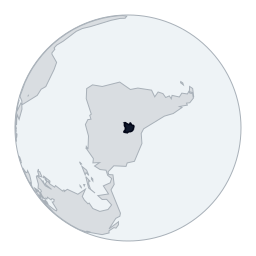 El Beni highlighted on a globe, orthographic projection, rotated 236°
{"feature_id": "BOL-1293", "entity_name": "El Beni", "entity_type": "Department", "adm_level": 1, "iso_a3": "BOL", "parent_name": "Bolivia", "parent_adm1": "", "projection": "orthographic", "projection_center": [-65.092, -13.43], "detail": "fine", "context": "on_globe", "style": "filled", "palette": "ink", "viewbox_px": 256, "rotation_deg": 236, "n_neighbors": 0, "source": "natural_earth", "source_scale": "10m", "svg_char_len": 6994}
<svg xmlns="http://www.w3.org/2000/svg" viewBox="0 0 256 256"><g transform="rotate(236 128 128)"><circle cx="128" cy="128" r="113" fill="#eef3f6" stroke="#a8b0b8"/><path d="M96.4,19.9L98.0,19.6L100.0,19.0L102.6,18.7L105.8,18.0L105.6,18.3L108.4,17.5L108.0,17.4L109.1,17.1L111.0,16.8L111.0,17.0L110.1,17.2L111.0,17.1L110.2,17.4L111.7,17.1L111.5,17.6L114.5,16.7L116.6,16.8L115.7,17.3L112.2,17.7L101.3,21.2L99.3,22.4L100.0,23.4L109.0,23.8L108.3,25.2L109.9,26.8L112.0,25.5L111.4,24.0L115.7,22.5L114.5,21.1L116.0,20.4L116.2,19.1L120.1,18.9L123.7,19.5L123.8,20.7L125.4,21.1L128.5,19.9L131.6,22.3L138.9,24.8L139.3,25.7L134.4,27.1L126.4,27.1L119.9,30.3L128.0,27.9L128.8,30.8L130.6,31.3L132.9,31.2L134.1,30.1L135.2,31.2L127.6,33.6L126.5,32.6L128.9,31.7L125.2,31.9L120.0,34.1L120.8,35.7L112.3,38.5L112.7,39.7L111.1,41.3L110.9,38.9L111.1,43.4L101.1,49.4L101.1,58.5L96.8,51.8L92.7,51.5L87.6,52.4L87.5,53.8L80.9,53.8L74.6,58.0L71.6,65.8L73.4,71.4L80.8,70.4L83.2,66.6L88.8,65.2L84.2,75.0L93.8,75.2L92.5,82.6L95.3,86.2L100.2,84.7L105.3,86.2L109.2,81.6L115.2,79.0L115.2,85.1L118.7,79.4L122.0,82.2L134.2,82.0L133.2,83.3L143.5,90.8L154.7,94.6L157.4,99.4L156.0,102.2L159.9,103.4L160.0,105.3L175.7,109.8L183.8,115.8L183.6,122.7L176.8,129.9L170.7,146.8L158.6,151.5L155.6,158.5L146.2,168.7L138.9,167.6L141.0,173.1L137.0,176.2L132.2,176.3L131.5,180.2L128.0,180.2L130.4,182.8L125.0,187.9L126.8,192.1L123.0,196.3L124.3,198.8L122.8,198.7L121.2,199.7L121.2,201.1L116.2,198.9L114.4,193.3L115.9,190.4L113.8,190.0L117.0,182.7L114.8,184.2L114.7,173.6L117.5,164.8L118.6,140.5L116.1,135.9L107.4,130.9L96.8,114.7L99.5,107.8L97.3,104.9L104.6,95.1L102.8,86.9L100.2,86.0L97.6,89.3L89.0,85.0L86.2,79.3L61.6,74.1L59.4,71.9L59.9,67.4L55.0,55.9L55.6,67.7L53.1,66.0L51.7,62.1L53.3,60.6L53.4,54.8L51.6,53.6L54.1,46.9L63.2,37.5L63.3,38.2L65.5,36.2L65.5,35.4L65.0,35.4L71.6,30.5L79.6,26.3L87.9,22.8L96.4,19.9ZM100.3,61.8L111.3,65.8L104.8,66.8L106.1,65.8L103.3,64.0L98.1,62.7L92.5,64.3L100.3,61.8ZM105.8,56.2L103.9,55.9L105.8,55.8L105.8,56.2ZM64.4,35.7L65.3,35.5L64.4,36.9L63.4,37.1L64.4,35.7ZM66.3,33.8L67.4,33.2L64.9,35.0L65.0,34.7L66.3,33.8ZM114.1,19.4L115.1,19.3L114.5,19.6L114.1,19.4ZM113.2,19.1L111.8,19.5L111.1,19.4L112.0,19.1L113.2,19.1ZM115.1,18.6L110.2,19.2L109.1,19.1L111.6,18.1L115.1,18.6ZM107.1,17.5L107.6,17.6L105.4,17.9L107.1,17.5ZM99.7,19.0L100.2,18.9L103.9,18.0L104.2,17.9L105.9,17.5L105.4,17.8L97.3,19.7L99.7,19.0ZM109.4,17.0L107.7,17.3L107.8,17.2L111.2,16.6L110.1,16.8L109.4,17.0ZM111.0,16.7L112.9,16.4L114.6,16.2L111.1,16.7L111.0,16.7ZM121.6,15.7L119.6,15.9L119.4,15.8L121.6,15.7ZM113.5,16.3L113.2,16.3L113.5,16.3ZM118.2,15.8L120.3,15.6L120.5,15.6L114.5,16.2L118.2,15.8ZM124.6,203.7L116.7,199.7L121.1,201.5L123.8,199.2L128.0,202.3L124.6,203.7ZM132.7,198.0L136.1,196.9L137.0,197.7L134.8,198.6L132.7,198.0ZM209.5,50.3L205.4,46.2L204.4,46.1L208.5,53.0L206.7,53.0L202.9,50.6L196.0,42.5L200.6,43.5L198.2,41.2L192.7,37.2L194.6,38.0L192.9,36.7L194.2,37.2L191.5,35.0L191.8,35.2L201.1,42.3L209.5,50.3ZM226.2,183.2L224.0,186.7L221.4,189.5L220.6,187.0L223.2,182.9L226.8,174.0L233.0,153.7L236.0,145.8L237.1,139.1L236.2,122.9L236.6,115.3L235.7,111.5L234.2,111.4L232.8,106.9L231.7,106.2L222.3,105.5L217.8,99.4L208.3,83.0L208.7,77.6L205.8,71.0L206.5,53.1L210.0,55.2L214.3,56.0L215.5,57.2L218.6,61.6L223.1,67.7L227.2,74.7L230.8,81.9L233.8,89.4L236.3,97.1L238.3,105.0L239.6,112.9L240.4,121.0L240.6,129.0L240.3,137.1L239.3,145.2L237.8,153.1L235.7,160.9L233.1,168.5L229.9,176.0L226.2,183.2ZM210.2,62.5L211.1,64.3L210.2,62.5ZM134.6,81.9L136.0,83.1L134.1,83.1L134.6,81.9ZM103.7,69.2L106.1,69.1L107.3,69.9L105.5,70.3L103.7,69.2ZM124.3,68.4L127.1,68.9L124.1,69.4L124.3,68.4ZM113.1,66.3L122.0,68.3L116.2,70.1L110.6,69.0L114.5,68.3L113.1,66.3ZM104.4,59.3L105.9,59.6L105.3,60.6L104.4,59.3ZM107.2,56.1L106.6,56.2L105.9,55.5L107.2,56.1ZM129.3,30.6L129.9,30.5L132.2,30.6L131.0,31.1L129.3,30.6ZM142.6,28.9L144.1,30.8L142.3,29.6L141.0,30.4L135.5,29.3L139.2,26.1L138.5,27.6L142.6,28.9ZM129.2,27.3L132.2,28.1L128.7,27.4L129.2,27.3ZM182.3,30.1L184.2,31.0L185.9,32.3L185.1,32.6L182.7,30.7L182.3,30.1ZM186.6,32.2L179.6,28.2L179.8,28.1L180.9,28.7L181.7,29.1L183.6,30.3L190.7,34.6L192.6,36.0L190.1,35.3L189.8,34.6L188.0,33.6L186.6,32.2ZM161.4,21.0L158.4,20.0L162.8,20.9L165.1,21.8L164.4,21.9L161.3,21.1L161.4,21.0ZM120.4,16.9L119.0,17.1L120.2,16.7L120.4,16.9ZM120.6,15.8L126.7,16.3L125.4,16.4L130.5,17.0L129.0,17.7L125.7,17.2L128.4,18.3L124.8,18.2L127.0,19.0L119.8,17.9L116.7,18.1L120.8,17.6L122.3,16.9L122.0,16.7L118.8,16.3L112.9,16.7L113.4,16.4L115.4,16.1L116.9,16.0L116.1,16.1L118.7,15.8L118.6,16.0L120.6,15.8ZM150.9,17.7L150.1,17.6L153.6,18.3L150.8,17.7L151.8,18.0L154.0,18.4L148.0,18.5L147.6,19.5L148.8,20.9L143.9,20.1L139.6,18.5L136.4,17.1L137.5,16.4L135.1,16.3L134.9,16.1L136.9,16.2L133.7,15.9L134.1,15.8L131.2,15.4L126.4,15.4L125.8,15.4L134.2,15.5L142.6,16.3L150.9,17.7ZM216.6,58.4L214.6,56.0L215.0,56.5L216.6,58.4ZM209.5,50.5L212.2,53.5L211.7,53.0L209.5,50.5ZM207.4,48.1L209.4,50.3L208.0,48.9L207.4,48.1Z" fill="#d9dde1" stroke="#a8b0b8" stroke-width="1"/><path d="M127.4,122.0L127.3,122.3L127.3,122.5L127.4,122.8L127.5,122.9L127.6,123.0L127.5,123.3L127.4,123.5L127.5,123.6L127.4,123.7L127.4,123.8L127.5,123.8L127.5,124.0L127.8,124.3L127.7,124.3L127.8,124.4L127.8,124.5L128.0,124.6L128.1,124.8L128.1,125.0L128.3,125.2L128.5,125.2L128.6,125.3L128.7,125.5L128.7,125.4L128.8,125.4L128.8,125.5L129.0,125.6L129.2,125.8L129.2,126.0L129.3,126.0L129.5,126.1L129.8,126.2L130.0,126.2L130.2,126.3L130.3,126.2L130.5,126.1L130.8,126.1L130.9,126.3L131.0,126.3L131.2,126.5L131.3,126.5L131.5,126.6L131.8,126.4L131.9,126.5L132.0,126.7L132.0,126.8L132.3,127.0L132.5,127.1L132.9,127.3L133.0,127.3L133.2,127.5L133.3,127.5L133.3,127.4L133.4,127.5L133.4,127.4L133.5,127.4L133.6,127.5L133.6,127.4L133.6,127.5L133.8,127.7L133.8,127.8L134.0,127.9L134.1,128.0L134.2,128.3L134.3,128.3L134.4,128.2L134.4,128.3L134.5,128.2L130.9,130.3L130.2,130.5L130.2,130.8L130.2,131.0L130.2,131.3L130.3,131.5L130.5,132.0L130.8,132.3L131.0,132.5L131.1,132.8L131.3,132.9L128.8,132.8L128.8,132.7L128.6,132.8L127.9,132.9L127.7,133.1L127.7,133.3L127.5,133.6L127.3,133.8L126.7,134.0L126.3,133.9L126.2,133.9L125.9,133.7L125.5,133.3L125.4,133.2L124.7,132.4L124.3,132.0L124.3,131.9L124.2,131.9L124.2,131.7L124.0,131.4L123.9,131.3L123.9,131.2L123.7,131.1L123.6,130.9L123.6,130.7L123.4,130.5L123.4,130.3L123.4,130.2L123.3,129.9L123.3,129.7L123.4,129.4L123.3,129.2L123.4,128.9L123.4,128.7L123.5,128.6L123.6,128.4L123.6,128.2L123.6,127.9L123.7,127.7L123.8,127.7L124.0,127.5L124.0,127.4L124.1,127.2L124.3,127.0L124.4,126.5L124.4,126.3L124.5,126.2L124.5,125.9L124.5,125.7L124.6,125.4L124.6,125.2L124.4,125.0L124.4,124.9L124.5,124.9L124.5,124.7L124.8,124.6L124.9,124.4L124.9,124.2L125.0,124.1L125.3,124.1L125.6,124.0L125.7,123.9L125.8,123.9L125.7,123.8L125.7,123.7L125.8,123.7L125.8,123.4L126.0,123.4L126.0,123.2L126.1,122.9L126.3,122.8L126.5,122.8L126.4,122.7L126.5,122.6L126.7,122.4L126.8,122.4L127.0,122.3L127.2,122.2L127.3,122.1L127.4,122.0Z" fill="#0f172a" stroke="#020617" stroke-width="1.5"/></g></svg>